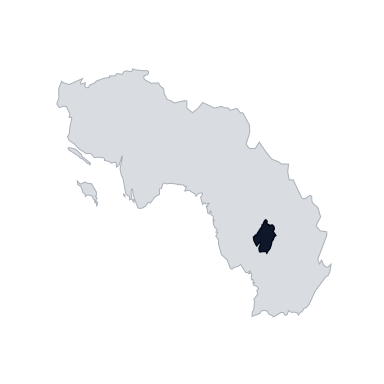 location of Arvidsjaur, Norrbotten, Sweden, rotated 101°
{"feature_id": "70781695B53013800846692", "entity_name": "Arvidsjaur", "entity_type": "district", "adm_level": 2, "iso_a3": "SWE", "parent_name": "Sweden", "parent_adm1": "Norrbotten", "projection": "robinson", "projection_center": [19.19, 65.668], "detail": "fine", "context": "in_parent", "style": "filled", "palette": "ink", "viewbox_px": 384, "rotation_deg": 101, "n_neighbors": 0, "source": "geoboundaries", "source_scale": "gbopen_adm2", "svg_char_len": 5688}
<svg xmlns="http://www.w3.org/2000/svg" viewBox="0 0 384 384"><g transform="rotate(101 192 192)"><path d="M85.6,258.4L86.9,261.3L89.9,260.9L91.2,258.8L93.0,252.6L91.3,245.7L94.1,243.3L96.0,239.5L100.2,238.4L105.9,234.1L106.6,229.7L108.0,226.5L103.8,216.8L103.6,214.4L110.7,213.1L114.0,206.7L109.4,202.5L102.1,198.5L105.3,186.1L102.4,179.3L103.0,176.5L102.7,172.1L104.6,170.3L101.3,163.9L105.1,159.5L104.6,157.2L115.4,148.3L122.3,146.7L134.8,148.0L137.9,144.5L138.1,142.6L137.1,138.1L130.2,135.5L138.2,127.5L144.5,120.0L145.9,112.7L147.4,109.6L146.2,102.6L154.3,101.8L161.6,98.8L160.7,95.0L176.9,83.1L177.4,81.0L176.3,78.9L172.6,75.3L173.7,73.6L178.0,72.6L180.1,71.0L183.3,65.4L192.0,61.0L201.4,63.9L205.6,59.0L205.4,52.1L208.9,51.4L234.1,55.7L238.3,53.2L234.0,51.8L238.3,49.0L239.5,47.3L240.0,45.3L239.8,44.3L236.3,41.7L244.2,41.4L248.5,42.6L248.9,44.1L266.1,52.3L279.8,55.5L283.7,57.8L285.2,60.3L287.3,60.5L289.9,62.8L292.6,64.2L290.4,65.8L290.5,69.6L291.3,71.3L290.0,74.6L294.5,75.3L295.2,77.3L292.9,79.3L293.2,81.5L299.1,88.2L297.7,90.4L297.3,93.1L294.7,95.2L294.4,97.3L294.9,100.0L295.8,101.3L298.3,102.2L302.7,109.4L298.4,109.9L295.1,108.9L287.5,109.8L285.6,110.8L279.7,108.0L276.3,109.6L274.0,108.2L272.2,110.5L271.8,113.7L269.0,113.5L270.1,114.7L266.4,115.1L266.1,115.6L266.9,116.4L265.7,117.4L260.6,117.7L259.9,118.8L261.4,120.0L261.4,120.8L258.1,119.6L260.4,122.0L260.9,123.7L253.8,130.5L256.2,132.4L258.1,136.3L260.2,138.1L259.4,140.0L252.0,144.4L247.9,151.2L238.6,155.8L233.8,156.9L230.6,160.2L226.9,159.1L226.8,161.0L224.4,159.8L222.5,162.7L219.1,165.1L215.4,164.7L215.0,165.1L216.2,165.8L211.9,166.4L210.6,169.0L207.5,169.7L207.0,170.4L210.1,170.6L209.5,172.7L205.9,173.7L204.5,175.0L202.9,175.0L203.3,174.0L200.9,174.0L200.1,172.9L199.7,173.2L201.2,176.5L200.0,177.9L202.3,179.2L195.6,182.5L191.7,181.2L191.1,182.2L191.9,185.0L195.4,187.3L193.3,188.7L190.9,195.3L192.4,199.3L187.8,198.5L188.1,200.0L186.6,201.7L187.2,204.3L186.7,206.0L187.7,207.5L187.1,208.3L187.7,215.5L188.9,218.5L188.4,221.0L190.2,222.3L194.2,222.6L195.4,224.6L200.5,223.4L204.0,227.5L210.8,230.8L210.4,233.1L214.7,234.7L217.3,237.8L218.2,240.4L217.9,242.0L211.1,246.3L205.8,249.3L200.4,251.1L200.6,251.7L203.3,252.0L209.9,249.9L211.7,251.8L208.2,252.6L207.5,255.1L205.9,256.8L191.4,262.5L189.5,264.3L183.0,267.1L171.4,266.9L169.6,267.5L179.6,268.7L182.0,270.8L177.2,272.2L179.2,277.2L177.9,278.4L177.7,283.9L176.0,284.1L175.2,286.3L176.0,291.9L176.8,293.5L176.4,295.1L173.6,298.8L174.4,303.3L171.1,311.5L167.5,316.3L164.6,322.6L161.5,324.8L157.9,323.5L152.5,324.3L142.8,324.0L141.6,324.6L142.2,326.9L138.7,326.6L132.4,331.5L132.1,333.9L134.4,338.5L131.3,341.5L124.7,340.7L115.9,342.6L108.1,341.1L109.2,339.5L110.0,333.4L101.6,321.1L105.7,322.3L107.5,321.7L105.0,317.6L108.6,317.4L109.8,315.9L109.3,313.6L106.4,312.6L103.9,308.9L101.3,307.0L96.9,299.7L95.4,294.7L93.8,295.2L92.6,289.4L90.1,288.5L89.8,282.7L87.1,282.0L85.5,279.4L85.5,274.3L82.3,273.6L82.9,271.2L82.2,262.3L81.3,259.5L82.3,257.5L84.0,257.3L85.6,258.4ZM219.7,285.8L218.2,286.4L217.4,288.0L215.1,288.8L214.6,293.9L216.7,295.8L214.5,296.6L213.0,299.3L209.1,301.2L207.4,302.9L206.6,305.4L203.1,306.7L205.6,303.0L202.5,298.7L203.3,297.1L203.1,292.2L210.2,285.9L213.4,285.2L214.9,285.9L215.5,284.3L216.6,284.0L219.7,285.8ZM174.1,321.1L172.4,322.1L171.8,320.6L172.2,314.7L176.2,307.7L177.9,307.1L182.8,297.6L183.4,297.0L185.0,297.6L183.8,298.5L183.8,300.1L180.7,305.2L179.9,308.5L178.8,309.3L174.1,321.1ZM221.1,283.8L220.8,285.3L219.0,284.1L220.7,282.5L224.2,282.9L221.1,283.8ZM213.2,247.1L210.9,249.3L210.5,248.3L211.0,247.3L213.2,247.1ZM208.2,258.6L207.0,258.7L207.9,257.2L209.4,256.9L208.2,258.6Z" fill="#d9dde1" stroke="#a8b0b8" stroke-width="1"/><path d="M204.7,114.0L205.0,114.1L205.7,114.7L206.3,115.1L206.7,115.3L206.8,115.3L207.7,115.6L208.1,115.7L208.6,115.7L209.3,115.7L209.6,115.8L210.1,116.1L210.3,116.4L210.6,116.7L211.0,116.8L212.3,116.8L213.2,116.8L214.0,117.0L214.2,117.5L214.8,117.8L215.2,117.9L215.6,118.1L216.4,118.4L217.0,118.6L217.6,118.9L218.1,119.0L218.6,119.3L219.2,119.6L219.8,119.8L220.4,119.8L220.8,120.0L221.1,120.2L221.6,120.3L222.1,120.5L222.6,120.7L222.5,121.0L222.3,121.1L222.2,121.5L222.5,121.7L223.1,121.9L223.5,122.0L224.0,122.4L224.3,122.7L224.4,123.0L225.3,122.7L225.9,122.6L227.2,122.1L227.8,121.9L228.8,121.2L229.3,120.8L229.8,120.3L230.9,119.7L231.1,119.3L231.7,119.0L232.5,118.1L232.0,117.8L231.6,117.7L231.2,117.4L230.7,117.3L230.1,117.1L229.5,116.8L228.8,116.6L228.4,116.5L228.5,116.2L228.9,116.0L229.0,115.7L229.3,115.3L230.1,114.8L230.7,114.8L231.2,115.0L231.7,115.0L232.3,115.1L232.9,115.2L233.6,115.4L234.0,115.5L234.9,115.4L235.3,115.2L235.9,114.9L236.7,114.7L237.4,114.4L237.9,113.8L237.9,113.5L237.9,113.4L237.7,113.2L237.4,112.9L237.2,112.4L237.1,111.7L236.7,110.9L236.8,109.8L236.6,109.6L236.2,109.2L236.2,108.6L236.2,108.1L236.6,107.7L237.6,107.0L237.7,106.9L236.3,106.5L235.6,106.3L235.2,106.1L234.6,105.7L233.6,105.2L233.0,104.9L232.0,104.6L231.1,104.6L230.3,104.3L229.5,104.3L228.9,104.2L228.4,104.1L227.6,104.2L226.9,104.2L225.8,104.2L224.6,104.0L224.0,103.5L223.2,103.2L222.1,103.1L221.2,103.0L220.8,102.9L220.2,102.6L219.2,102.0L218.8,101.5L218.5,101.8L217.6,102.5L216.8,103.2L216.2,104.2L215.7,104.5L214.5,104.8L213.8,104.5L213.0,104.3L212.3,104.2L211.8,104.4L211.4,104.6L210.4,105.1L209.8,105.7L209.5,106.3L209.2,106.6L209.1,106.9L209.1,107.3L209.5,107.8L209.7,108.2L209.8,108.7L209.9,109.2L209.8,109.4L210.2,109.5L210.5,109.6L210.5,109.9L210.1,110.1L209.9,110.2L209.6,110.8L209.3,111.0L209.2,111.7L208.9,112.6L208.7,112.7L207.4,112.7L206.5,112.7L206.2,112.9L206.3,113.2L206.6,113.4L206.7,113.8L206.4,114.0L204.7,114.0Z" fill="#0f172a" stroke="#020617" stroke-width="1.5"/></g></svg>